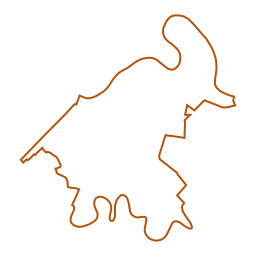 Kien An, Hải Phòng, Vietnam
{"feature_id": "81297802B17638458778811", "entity_name": "Kien An", "entity_type": "district", "adm_level": 2, "iso_a3": "VNM", "parent_name": "Vietnam", "parent_adm1": "Hải Phòng", "projection": "robinson", "projection_center": [106.638, 20.806], "detail": "fine", "context": "isolated", "style": "outline", "palette": "amber", "viewbox_px": 256, "rotation_deg": 0, "n_neighbors": 0, "source": "geoboundaries", "source_scale": "gbopen_adm2", "svg_char_len": 3772}
<svg xmlns="http://www.w3.org/2000/svg" viewBox="0 0 256 256"><path d="M79.6,95.6L78.5,98.6L76.4,104.5L74.5,104.2L65.2,114.4L47.7,132.0L39.7,140.2L39.0,140.9L20.9,159.8L23.3,162.6L26.7,159.3L27.9,160.2L29.9,158.7L34.0,154.3L34.8,155.0L42.3,147.8L43.5,149.8L45.2,151.7L46.3,152.5L47.4,151.9L48.2,152.0L50.5,153.0L53.9,155.5L55.6,156.3L56.8,157.5L58.2,159.8L59.5,162.5L59.6,162.8L60.4,164.4L60.8,165.7L60.2,166.8L57.8,168.1L55.5,168.6L56.5,171.0L56.5,172.8L57.6,173.6L58.1,173.9L58.3,174.0L59.8,174.7L61.4,175.4L63.3,176.4L65.1,177.2L65.8,177.8L66.1,178.5L66.4,178.8L67.0,180.0L67.4,181.4L67.6,183.2L67.8,185.1L67.9,186.6L68.3,187.2L70.4,187.6L73.5,188.0L76.1,188.3L79.1,189.3L76.8,194.8L75.6,197.6L72.1,205.0L73.5,206.0L73.9,206.6L74.1,207.5L74.2,208.4L74.0,209.9L71.3,215.9L70.7,218.4L70.6,219.5L70.6,220.6L70.7,221.5L71.2,222.6L73.1,224.6L74.2,225.3L75.1,225.9L76.6,226.4L78.2,226.7L79.8,226.8L81.6,226.6L83.8,226.2L88.9,224.4L92.8,222.2L94.0,221.4L95.3,220.3L96.3,219.2L97.0,218.2L97.3,217.2L97.5,216.2L97.6,214.5L97.5,213.4L97.3,212.6L95.4,208.3L94.5,205.7L94.3,204.3L94.3,202.2L94.6,200.6L95.3,199.1L96.1,198.1L97.2,197.4L98.9,196.8L100.8,196.7L102.4,197.0L104.7,198.0L107.0,199.4L108.4,200.8L109.6,202.3L110.4,203.9L111.0,206.0L111.2,207.6L111.1,209.7L109.7,217.2L109.7,218.4L109.9,219.5L110.4,220.3L111.2,220.9L112.4,220.9L113.3,220.4L114.3,218.8L114.9,216.7L115.0,214.4L114.9,208.4L115.1,205.8L115.6,203.2L116.5,200.8L117.7,198.6L119.1,196.9L120.5,195.6L121.7,195.1L123.2,195.1L124.6,195.6L125.7,196.4L127.2,198.3L128.4,201.6L130.2,211.8L131.2,213.9L132.7,215.5L135.0,216.9L137.2,217.5L141.6,217.0L144.4,216.8L145.6,217.2L146.2,218.2L146.4,219.5L146.3,220.9L145.2,226.1L144.7,229.3L144.8,231.4L145.6,233.8L147.3,236.4L149.6,238.6L152.3,239.8L155.0,240.6L157.3,240.6L161.2,239.7L164.2,237.9L166.6,234.9L171.6,224.6L172.3,223.2L173.1,222.2L173.7,221.9L174.2,221.6L175.3,221.4L176.1,221.3L179.1,222.0L186.0,226.9L189.1,228.3L190.7,228.7L191.5,228.5L191.9,227.5L191.7,226.0L190.8,223.6L185.7,216.2L182.8,211.3L182.2,209.0L182.0,207.1L182.4,205.4L184.2,203.0L177.2,195.5L186.2,185.1L178.7,175.7L177.7,174.6L177.4,173.7L177.3,173.0L176.9,172.7L175.3,171.4L160.9,160.1L159.8,159.2L159.4,158.0L159.3,157.0L159.2,156.1L159.2,155.3L160.5,151.3L164.6,138.2L165.7,135.1L168.8,135.8L169.9,135.7L179.5,137.1L184.5,137.9L185.0,121.7L184.6,120.5L184.7,120.2L190.1,114.9L185.3,114.9L185.1,114.8L187.2,105.1L194.4,110.4L201.1,103.6L204.4,100.3L213.7,103.9L222.6,107.4L223.5,107.5L227.9,107.2L235.1,105.4L233.2,100.7L234.1,96.6L229.7,95.4L225.9,93.9L223.2,92.6L220.4,91.2L218.6,89.7L216.7,87.7L215.7,86.1L215.1,84.4L214.9,82.8L215.0,80.5L215.5,76.0L216.3,70.9L216.4,69.0L216.5,67.2L216.3,63.6L216.0,60.5L215.6,58.4L215.0,56.2L214.3,53.9L213.2,51.0L211.5,47.3L210.0,44.8L206.9,39.6L205.7,38.1L203.9,36.0L202.4,34.7L201.2,33.1L200.5,32.2L197.4,28.6L195.7,26.5L193.4,24.0L191.6,22.1L190.0,20.5L188.7,19.4L188.1,18.9L187.2,18.3L184.1,16.5L181.1,15.8L178.2,15.4L175.9,15.4L174.3,15.4L172.5,16.0L171.5,16.3L170.0,17.2L168.7,18.5L167.5,19.7L166.5,21.3L165.5,23.2L164.7,25.0L163.6,27.4L163.1,29.8L163.0,31.6L163.2,33.4L163.7,35.5L164.5,37.3L165.7,38.9L167.4,40.8L173.6,45.6L177.5,49.3L178.7,51.1L179.5,52.8L180.0,54.2L180.2,55.8L180.3,57.8L180.2,59.5L180.0,61.4L179.5,63.1L178.7,64.8L177.3,66.7L175.5,68.3L173.7,69.4L171.8,69.6L169.9,69.3L168.1,68.7L165.7,67.1L161.1,63.4L157.4,60.3L155.8,59.4L153.6,58.4L151.4,57.9L149.6,57.8L149.1,57.8L147.5,57.9L145.1,58.2L144.9,58.3L142.0,58.9L139.3,60.0L137.4,61.0L134.6,62.7L132.1,64.6L127.2,68.1L123.5,70.0L120.8,71.5L119.1,72.7L116.4,75.2L115.0,77.0L112.8,79.7L108.1,86.9L106.7,88.6L103.5,91.5L101.0,93.1L98.4,94.7L96.0,96.1L93.3,97.2L91.2,97.9L90.6,98.0L89.4,98.2L87.7,98.4L85.5,98.0L79.6,95.6Z" fill="none" stroke="#b45309" stroke-width="2"/></svg>